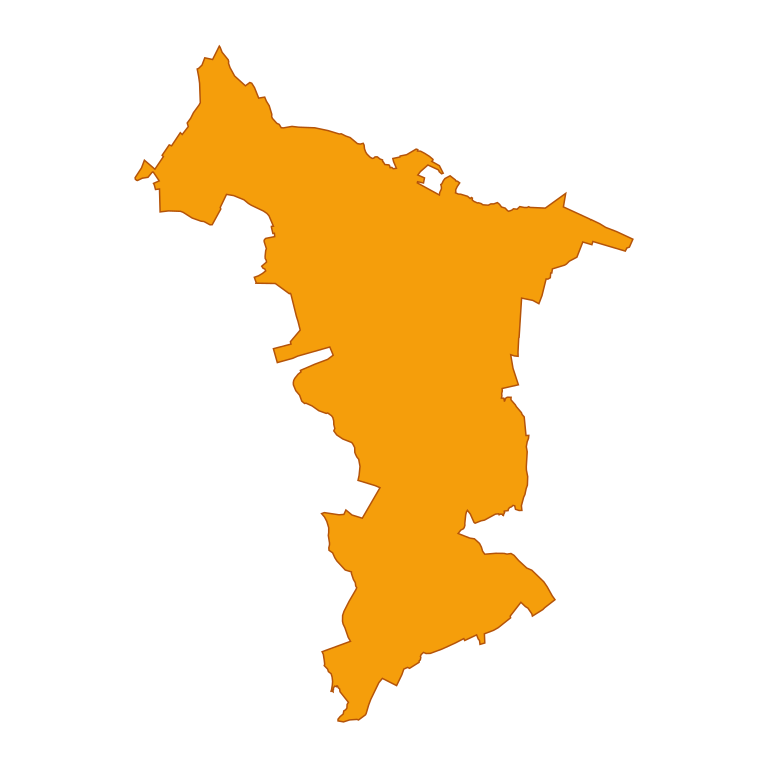 Ungheni, Mures, Romania
{"feature_id": "2599482B6625151408486", "entity_name": "Ungheni", "entity_type": "district", "adm_level": 2, "iso_a3": "ROU", "parent_name": "Romania", "parent_adm1": "Mures", "projection": "mercator", "projection_center": [24.431, 46.458], "detail": "fine", "context": "isolated", "style": "filled", "palette": "amber", "viewbox_px": 768, "rotation_deg": 0, "n_neighbors": 0, "source": "geoboundaries", "source_scale": "gbopen_adm2", "svg_char_len": 6111}
<svg xmlns="http://www.w3.org/2000/svg" viewBox="0 0 768 768"><path d="M396.6,685.6L401.9,674.6L403.8,669.1L407.5,667.4L409.6,668.3L419.1,662.3L419.2,660.8L420.3,659.9L420.8,657.3L420.4,656.5L421.2,654.5L423.5,652.4L426.0,653.5L430.3,653.4L441.9,649.1L455.5,642.9L463.8,638.6L464.7,640.5L476.6,634.9L478.3,639.1L479.5,640.5L480.0,644.4L484.8,643.0L484.4,633.8L493.6,630.3L498.2,627.7L510.6,617.8L510.2,616.1L520.9,602.3L525.4,606.6L527.9,608.1L531.8,613.8L532.4,616.1L542.8,609.6L544.8,607.6L555.0,599.7L552.2,595.8L547.2,586.8L543.8,581.8L531.8,570.2L526.7,568.0L518.6,560.5L514.1,555.4L511.0,553.5L507.0,554.1L504.1,553.4L495.7,553.3L484.8,554.2L482.6,551.2L481.4,547.1L479.5,543.4L474.4,538.8L469.8,538.1L458.1,533.5L460.8,530.1L463.5,528.7L464.3,527.3L464.9,525.3L464.8,523.5L465.7,514.9L466.4,512.1L467.4,510.3L470.3,514.0L474.0,522.4L475.1,523.2L481.1,520.8L484.5,520.1L495.5,514.1L498.7,513.8L499.1,514.8L500.4,514.1L502.4,514.3L502.7,515.2L503.4,515.5L503.7,514.2L504.6,512.5L504.2,511.9L504.3,511.1L508.1,510.6L508.3,509.3L509.5,507.6L511.5,506.8L513.0,505.4L514.7,505.8L515.5,509.3L519.1,510.5L521.9,510.4L521.4,505.7L523.7,497.1L524.9,494.6L526.2,488.5L527.4,485.2L527.7,476.6L526.4,470.1L526.3,466.8L527.2,451.8L526.3,446.7L527.2,441.7L528.5,438.4L528.8,435.4L526.0,435.5L524.2,416.9L522.1,414.5L521.4,412.6L516.3,406.6L515.3,404.8L511.3,400.2L510.9,399.3L511.1,397.3L507.6,397.2L506.3,397.7L505.4,398.6L504.8,400.8L504.4,401.0L503.8,398.2L501.4,398.1L501.9,395.9L501.7,393.6L502.3,391.0L502.1,388.5L518.4,384.8L513.0,368.3L510.7,354.7L514.3,355.9L518.1,356.3L518.0,352.1L518.7,338.1L519.1,337.4L521.6,298.1L532.8,300.4L538.9,303.7L542.0,295.6L546.1,279.0L547.9,279.1L550.3,277.7L550.7,273.0L551.8,273.0L552.4,268.9L564.7,265.1L566.5,264.0L569.3,261.2L576.9,257.2L582.8,242.0L591.9,244.7L592.9,241.5L625.3,251.1L626.9,248.0L629.4,247.1L632.9,239.2L616.6,231.6L605.7,227.4L599.7,223.7L591.1,219.6L590.7,219.9L589.9,219.1L563.4,206.9L565.7,193.4L545.3,208.1L529.9,207.4L528.7,206.7L527.1,207.5L524.4,207.5L519.8,206.6L517.1,209.2L513.5,208.8L511.7,210.2L508.6,211.3L507.2,210.3L505.2,208.1L501.5,207.0L499.5,204.3L497.4,202.6L493.7,203.9L490.8,203.9L488.3,205.2L482.9,204.8L481.2,203.6L478.5,202.8L477.5,203.0L473.8,201.3L472.2,199.9L472.4,198.1L471.4,197.5L470.1,198.5L467.6,196.3L460.7,194.2L458.4,194.1L455.5,192.8L455.8,191.9L455.7,189.8L457.2,186.6L459.7,182.9L457.6,181.3L455.7,180.8L455.4,179.9L450.1,175.8L445.0,178.5L443.4,180.6L441.8,183.9L440.8,184.5L441.4,186.9L441.4,188.9L439.7,192.6L439.4,195.0L417.3,182.9L417.6,181.7L423.5,183.0L424.5,177.9L417.8,175.0L420.4,171.6L427.9,165.0L437.9,169.6L438.9,170.6L439.1,171.6L441.6,173.8L443.2,173.2L439.4,165.7L431.8,161.4L432.8,160.3L433.0,159.4L429.5,156.4L424.6,153.3L420.6,151.2L417.5,151.0L417.8,149.6L416.1,149.1L406.6,154.7L400.1,156.0L399.9,157.0L392.8,158.5L393.6,161.7L396.4,168.3L393.2,168.7L391.8,167.4L390.2,167.7L389.6,165.7L388.9,164.9L384.8,164.5L383.3,161.9L382.7,161.7L382.5,159.9L380.0,159.0L377.4,156.9L375.9,156.8L374.7,157.1L373.7,158.2L372.2,158.4L370.0,157.1L367.0,154.1L365.7,152.1L364.5,148.8L364.1,145.1L363.2,143.3L360.2,144.1L357.4,143.6L350.2,137.6L345.7,136.0L341.3,133.8L339.3,134.0L328.1,130.6L314.8,127.8L298.8,127.2L292.0,126.4L283.3,127.9L281.2,127.7L279.2,124.4L276.8,123.3L272.5,118.5L271.7,116.8L271.8,114.3L269.2,105.7L266.4,101.2L264.7,97.1L258.7,98.1L254.5,87.6L251.7,83.2L249.8,82.5L245.4,85.8L234.6,76.0L230.0,67.6L228.5,63.2L228.7,61.7L228.2,59.8L222.1,52.3L220.1,47.2L219.3,46.1L212.6,59.5L204.8,57.8L202.0,65.1L198.5,68.5L197.2,69.0L198.7,76.8L199.6,83.3L200.3,102.7L199.0,105.1L193.5,112.6L190.7,118.2L187.2,123.0L188.3,126.6L182.2,134.5L180.3,132.7L171.6,145.8L169.2,144.9L162.1,155.3L163.4,156.6L154.9,169.2L144.4,160.2L141.5,167.9L135.1,177.7L135.3,179.2L136.6,180.3L137.5,180.5L142.3,178.2L148.0,177.3L151.9,172.5L152.9,171.9L153.8,172.8L159.2,180.9L153.5,183.4L154.2,184.6L155.5,189.5L159.5,189.0L160.1,211.9L168.5,210.9L180.5,211.3L183.1,212.3L192.1,218.0L201.1,221.2L203.9,221.5L210.0,224.8L212.2,224.7L220.8,209.0L220.2,207.5L226.5,194.4L233.7,195.6L244.0,199.8L248.3,203.4L251.2,205.2L263.4,211.0L266.9,213.4L269.0,215.8L273.4,226.2L271.4,226.4L271.4,227.2L272.9,233.5L274.4,233.3L274.7,236.6L265.7,238.4L264.5,239.6L264.1,240.6L264.2,241.8L266.4,248.7L265.7,250.5L265.1,256.3L265.2,258.5L266.2,260.2L266.5,262.1L261.7,266.2L263.1,268.3L264.8,269.0L265.7,270.9L262.4,273.5L258.5,275.8L254.3,277.3L256.1,282.4L255.9,283.2L275.3,283.5L289.3,293.7L290.1,293.3L290.9,294.1L296.4,316.3L298.0,321.3L300.2,330.1L290.4,341.7L291.0,344.1L273.4,348.7L277.3,362.6L292.8,358.3L297.7,356.1L329.8,347.0L333.2,355.2L327.6,359.4L314.8,364.2L300.4,370.4L301.0,371.9L298.1,374.2L294.8,378.3L293.7,380.5L293.3,382.7L293.4,384.9L295.8,390.7L299.6,395.2L301.7,401.0L302.2,401.5L304.6,403.5L306.0,403.2L312.0,405.9L318.8,410.7L326.2,413.4L327.7,413.0L331.5,415.7L332.8,417.5L333.7,420.9L333.8,424.5L334.8,428.5L333.8,430.9L336.7,434.9L342.8,439.0L351.7,442.5L352.9,444.1L354.7,447.6L354.8,452.3L355.5,454.2L356.8,456.9L358.7,459.3L360.0,466.4L359.1,475.4L358.0,480.4L375.1,485.6L380.0,487.7L362.3,518.2L352.0,515.0L345.9,510.0L343.9,514.4L339.0,514.8L324.3,512.6L321.6,513.6L324.5,517.0L326.8,521.4L328.7,527.7L328.7,532.5L328.3,535.4L329.5,542.9L329.5,544.9L328.8,547.8L329.0,550.3L332.6,552.8L334.8,557.7L336.9,561.0L345.2,570.0L351.4,571.9L351.4,573.4L353.4,579.4L355.3,582.7L355.7,586.0L356.7,587.5L356.2,589.1L349.1,601.3L344.0,611.3L342.6,615.5L342.5,621.2L343.1,624.0L345.0,628.0L348.2,637.3L350.5,641.3L322.1,651.7L323.3,654.3L324.2,659.9L324.7,664.3L324.2,665.6L327.6,669.1L328.4,671.6L331.1,673.7L332.1,677.0L332.6,681.4L332.3,685.2L331.4,690.5L330.6,691.7L331.7,690.9L333.1,691.8L332.9,689.8L333.4,689.7L333.5,687.8L334.8,686.1L336.5,686.7L336.9,685.8L337.5,686.0L338.2,687.7L339.6,688.9L340.0,691.7L348.4,702.3L347.1,704.4L346.9,708.1L345.6,709.8L343.8,710.9L343.2,714.0L340.1,716.6L338.0,719.2L338.0,720.9L343.5,721.9L349.7,719.9L357.0,719.4L358.5,720.0L365.5,714.8L366.2,713.4L368.7,704.9L370.8,699.3L378.9,682.6L382.4,678.4L396.6,685.6Z" fill="#f59e0b" stroke="#b45309" stroke-width="1.5"/></svg>